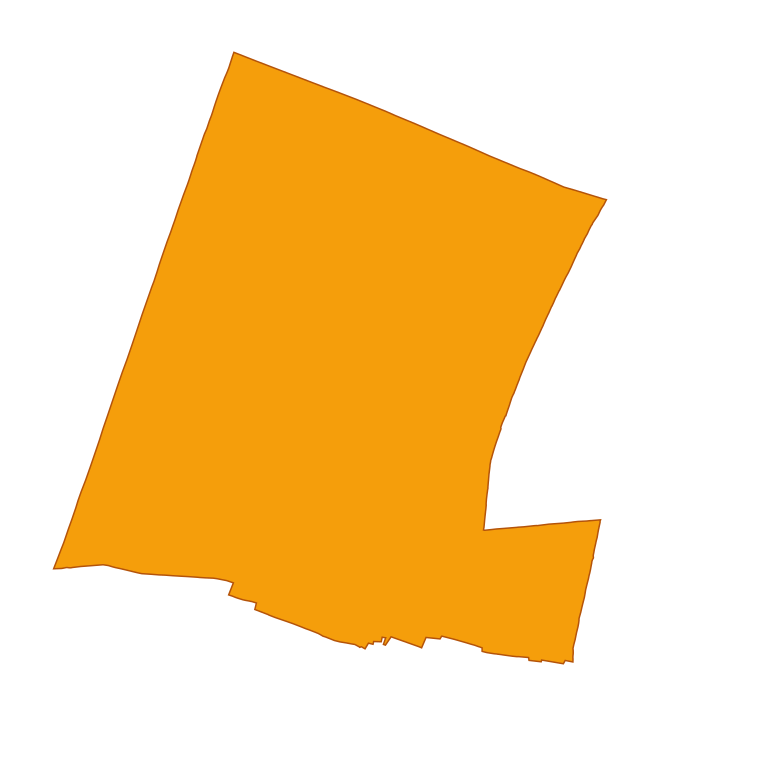 Thawi Watthana, Bangkok Metropolis, Thailand (Natural Earth projection), rotated 287°
{"feature_id": "78962969B31670435766777", "entity_name": "Thawi Watthana", "entity_type": "district", "adm_level": 2, "iso_a3": "THA", "parent_name": "Thailand", "parent_adm1": "Bangkok Metropolis", "projection": "natural_earth1", "projection_center": [100.363, 13.77], "detail": "fine", "context": "isolated", "style": "filled", "palette": "amber", "viewbox_px": 768, "rotation_deg": 287, "n_neighbors": 0, "source": "geoboundaries", "source_scale": "gbopen_adm2", "svg_char_len": 6039}
<svg xmlns="http://www.w3.org/2000/svg" viewBox="0 0 768 768"><g transform="rotate(287 384 384)"><path d="M625.3,542.8L625.1,539.1L625.1,526.2L625.1,509.9L624.9,498.5L628.2,471.2L629.2,460.9L629.8,451.0L633.0,417.5L635.8,395.1L639.1,362.7L641.9,338.2L644.0,316.4L645.4,304.8L645.4,304.4L645.4,304.2L648.1,274.4L649.4,256.0L650.4,239.6L653.0,202.4L655.4,167.9L657.3,143.5L652.9,143.3L652.1,143.3L651.3,143.3L644.0,143.2L641.9,143.2L639.8,143.1L639.2,143.0L638.6,143.0L636.2,142.8L635.5,142.7L635.2,142.7L630.2,142.1L627.0,141.9L625.8,141.8L619.8,141.4L612.8,141.0L612.5,141.0L612.0,141.0L610.7,140.9L610.4,140.9L609.8,140.9L604.7,140.7L603.8,140.7L599.4,140.6L594.4,140.6L590.4,140.5L587.4,140.3L587.0,140.2L585.6,140.2L585.1,140.1L576.3,139.9L571.3,139.3L571.1,139.3L570.8,139.2L570.3,139.2L569.9,139.2L568.4,139.1L563.8,139.0L563.2,138.9L562.8,138.9L562.0,138.9L547.6,138.4L547.2,138.4L547.0,138.5L546.4,138.5L546.2,138.5L545.5,138.5L542.1,138.5L536.8,138.3L535.9,138.2L530.8,138.0L529.9,138.0L528.3,138.0L527.7,138.0L521.9,137.9L517.0,137.7L506.2,137.0L497.2,136.6L490.6,136.3L479.4,136.1L473.1,135.8L466.9,135.6L456.9,135.0L439.7,134.4L432.8,134.2L432.0,134.2L431.1,134.2L424.5,134.2L421.0,134.1L414.8,134.0L413.7,133.9L407.9,133.5L407.0,133.5L379.8,132.4L362.2,132.0L347.9,131.6L332.6,131.1L318.7,130.3L304.7,129.8L284.2,129.2L273.7,128.9L259.4,128.4L247.3,128.3L234.6,127.9L219.1,127.4L204.9,126.8L192.5,125.9L183.2,125.5L175.3,125.5L163.2,125.1L153.1,124.6L140.0,124.2L138.0,124.1L132.0,123.6L121.6,122.9L110.7,122.1L111.9,125.5L113.0,128.7L113.5,130.0L114.9,132.6L115.5,133.6L115.9,134.8L116.0,135.6L116.2,136.6L116.4,137.4L116.7,138.3L117.4,139.6L120.8,147.3L124.0,155.5L128.3,166.4L128.9,167.9L129.0,168.1L129.8,173.5L129.8,177.7L129.9,180.6L130.4,186.3L131.4,203.2L131.8,207.8L133.8,216.2L135.7,224.8L137.2,230.5L138.8,237.6L140.8,245.9L142.3,252.0L144.6,261.8L145.1,264.4L146.4,269.8L148.4,277.5L149.0,281.3L150.0,291.0L149.8,298.1L136.9,297.1L136.8,301.2L136.5,304.3L136.4,307.5L136.4,310.7L136.4,312.2L136.5,313.5L136.6,314.9L136.7,315.7L136.8,316.4L137.0,318.1L137.1,318.7L137.1,319.1L137.1,319.7L137.2,320.4L137.3,321.2L137.3,323.0L137.3,326.0L130.6,326.4L129.6,340.8L129.4,341.3L128.9,347.9L128.7,353.6L128.5,359.9L128.2,367.0L127.6,375.3L127.1,381.1L127.0,384.0L126.5,390.9L126.3,392.7L126.3,393.6L126.2,394.1L125.8,396.1L125.1,399.0L125.0,399.3L125.0,402.0L124.7,405.7L124.2,411.6L124.5,417.3L125.4,423.8L125.9,428.5L126.4,432.3L125.5,436.7L125.3,437.6L125.2,437.7L125.1,437.8L125.2,438.0L126.1,439.0L126.1,439.3L125.2,443.3L128.4,444.1L131.6,444.9L131.9,449.6L134.7,449.4L136.7,456.7L141.3,456.3L141.8,459.8L135.8,459.6L134.8,459.6L134.7,461.7L144.3,464.7L143.7,478.7L143.7,479.7L143.6,480.9L143.0,494.1L142.7,497.1L153.9,498.3L156.6,512.1L159.0,512.7L159.6,512.8L159.8,513.2L160.4,526.5L160.5,532.3L160.6,539.5L160.6,543.2L160.7,547.2L160.5,550.7L160.5,553.0L160.4,553.9L160.4,554.9L159.3,555.3L157.8,555.7L157.0,556.0L157.2,560.8L158.2,568.0L158.8,570.9L158.8,571.3L159.1,572.9L159.4,574.7L159.5,575.3L159.8,577.5L161.2,586.2L162.0,590.3L162.7,592.6L162.9,593.7L164.7,602.2L162.1,603.5L163.3,610.1L164.2,615.0L164.4,615.6L166.1,615.4L168.9,637.3L172.6,638.1L173.4,645.9L175.4,645.4L177.2,644.8L177.9,644.5L178.5,644.4L179.1,644.2L180.3,644.0L182.1,643.6L182.7,643.4L184.8,642.7L185.5,642.4L186.0,642.2L186.6,642.0L188.0,641.9L190.2,641.7L195.7,641.5L196.5,641.4L202.7,640.8L208.3,640.5L212.0,640.1L214.9,639.6L216.6,639.1L218.7,639.0L223.3,638.9L228.7,638.5L232.3,638.3L238.6,638.0L242.7,637.5L246.2,637.0L251.4,636.7L258.0,636.4L258.8,636.3L260.9,636.1L263.6,636.0L267.1,635.7L271.3,635.2L273.4,635.0L273.9,634.9L274.8,634.7L276.4,634.7L276.8,634.7L278.7,635.1L279.4,635.0L280.4,634.5L281.4,634.2L284.3,633.9L287.6,633.5L293.1,633.1L294.0,633.0L295.0,632.9L296.6,632.8L299.5,632.7L304.0,632.1L307.5,631.7L309.0,631.6L309.8,631.5L314.8,631.1L315.6,630.8L317.4,630.8L313.8,621.7L313.6,621.1L312.3,618.1L309.2,609.5L307.2,604.9L306.4,603.3L304.8,599.5L304.5,598.8L303.4,596.2L298.4,583.2L298.2,582.7L293.8,572.9L293.6,572.6L293.1,570.9L292.7,569.8L292.5,569.3L288.2,559.2L286.2,553.9L285.8,553.1L281.7,542.8L281.7,542.7L281.5,542.3L278.3,534.1L278.0,533.4L276.2,529.3L273.7,523.4L273.5,522.7L273.5,522.3L273.5,521.8L274.0,521.8L275.4,521.5L275.7,521.6L279.6,520.8L283.9,519.9L285.5,519.6L285.9,519.5L291.2,518.5L292.1,518.3L292.8,518.2L294.5,517.9L298.3,517.1L298.6,516.9L299.3,516.7L299.6,516.6L304.0,515.6L310.1,514.5L310.4,514.5L313.2,514.0L314.4,513.9L315.0,513.8L315.2,513.6L315.4,513.6L321.3,512.3L321.9,512.2L329.2,510.6L329.5,510.6L336.7,509.3L337.3,509.1L337.7,509.0L340.7,508.7L341.6,508.5L342.2,508.4L344.9,508.5L346.5,508.4L352.4,508.3L356.3,508.3L361.7,508.4L367.8,508.7L368.6,508.7L372.2,508.8L374.4,509.0L375.6,508.9L376.1,508.6L376.7,508.3L381.5,508.5L385.6,509.0L386.3,509.1L388.6,509.3L389.0,509.6L389.1,509.8L389.3,509.9L390.3,509.8L394.2,509.9L394.4,509.9L399.9,510.1L402.7,510.1L403.2,510.1L408.5,510.2L412.1,510.7L412.6,510.9L414.7,511.0L416.2,511.1L416.4,511.2L420.1,511.4L421.7,511.5L422.4,511.5L422.8,511.6L423.9,511.7L424.1,511.7L424.6,511.7L427.5,512.0L429.9,512.0L440.0,512.9L440.5,512.9L446.2,513.3L457.0,514.8L460.4,515.2L467.1,516.2L467.4,516.2L470.9,516.8L472.3,516.9L472.6,517.0L476.0,517.6L484.4,518.7L484.7,518.8L486.9,519.1L487.2,519.1L487.4,519.1L493.0,519.7L499.1,520.6L499.3,520.7L507.2,521.6L507.4,521.8L510.3,522.2L510.9,522.3L516.6,522.9L517.3,523.1L524.4,524.2L524.7,524.4L530.0,525.2L532.8,525.6L535.7,526.0L539.7,526.7L544.2,527.7L550.7,528.7L553.2,529.0L555.0,529.2L558.9,529.7L563.1,530.3L565.5,530.5L567.2,530.9L569.9,531.5L570.2,531.6L573.2,532.0L573.6,532.0L576.1,532.5L578.1,532.8L579.5,533.0L580.9,533.2L581.1,533.1L583.9,533.8L584.1,533.8L587.4,534.6L587.8,534.6L590.1,534.9L590.3,534.9L592.3,535.2L595.7,535.8L595.8,535.8L597.5,536.4L599.1,536.5L599.4,536.6L600.4,536.9L607.3,539.1L607.5,539.2L609.8,539.6L610.2,539.6L614.0,540.2L614.3,540.2L614.7,540.4L616.8,540.9L618.6,541.5L619.1,541.7L625.3,542.8Z" fill="#f59e0b" stroke="#b45309" stroke-width="1.5"/></g></svg>